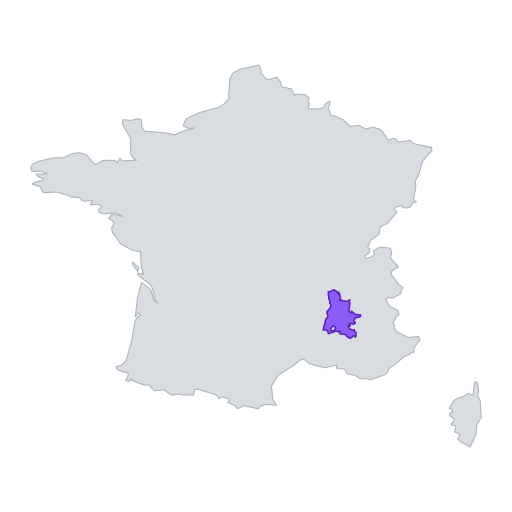 Drôme highlighted on a map of France
{"feature_id": "FRA-5288", "entity_name": "Drôme", "entity_type": "Metropolitan department", "adm_level": 1, "iso_a3": "FRA", "parent_name": "France", "parent_adm1": "", "projection": "robinson", "projection_center": [5.26, 44.733], "detail": "fine", "context": "in_parent", "style": "filled", "palette": "violet", "viewbox_px": 512, "rotation_deg": 0, "n_neighbors": 0, "source": "natural_earth", "source_scale": "10m", "svg_char_len": 7129}
<svg xmlns="http://www.w3.org/2000/svg" viewBox="0 0 512 512"><path d="M416.3,201.6L412.5,203.4L410.2,207.0L407.8,207.9L403.4,207.9L401.3,205.7L396.1,207.1L394.0,209.4L397.1,212.2L386.8,223.8L380.2,226.9L378.8,234.5L370.9,240.1L368.0,246.1L367.8,247.3L369.8,249.2L369.0,253.1L365.0,255.7L365.0,258.2L366.2,258.5L372.2,256.5L374.5,254.2L373.3,251.0L379.4,247.2L390.4,248.1L391.7,253.3L390.3,257.6L398.3,267.0L391.5,271.4L391.0,274.2L398.2,283.7L402.7,287.6L400.3,293.9L392.9,298.0L388.1,297.6L386.1,298.7L386.3,300.6L389.6,306.4L397.7,310.2L399.0,314.5L396.8,316.1L393.1,322.7L394.7,326.0L394.1,327.4L394.9,329.7L397.1,331.9L408.4,337.5L418.6,336.5L419.9,339.7L413.7,348.4L414.1,352.3L411.0,352.3L410.4,353.7L404.2,356.6L394.1,365.3L389.3,367.9L387.5,372.4L384.7,374.8L370.1,379.9L367.4,378.7L360.2,378.9L355.8,375.7L347.3,373.7L344.5,369.0L336.6,368.2L336.2,365.1L325.0,367.9L309.3,363.7L303.9,359.2L299.3,360.4L295.2,364.4L278.3,375.1L271.5,386.1L272.6,399.0L276.5,405.3L266.1,404.4L260.0,406.2L258.4,408.9L243.8,405.7L238.4,408.4L236.9,408.2L235.0,405.5L227.9,402.5L229.1,400.4L228.1,398.5L221.4,396.9L219.0,398.8L216.6,395.0L197.8,389.2L194.8,389.3L193.4,395.1L181.3,394.9L179.6,393.9L171.7,395.1L163.6,389.7L154.3,390.7L148.8,385.1L143.3,384.8L135.6,381.9L132.1,380.4L131.7,378.7L129.3,381.3L126.4,380.7L125.8,379.9L127.8,376.8L128.3,373.2L118.7,370.5L116.2,367.9L116.2,366.6L121.4,365.3L126.3,360.3L131.3,342.2L135.1,320.8L137.6,316.7L140.7,315.6L138.3,312.7L135.3,316.5L137.6,297.0L141.6,282.4L149.4,288.4L151.3,291.0L153.4,299.6L157.8,303.3L155.0,299.8L152.4,288.2L150.7,284.9L138.1,275.3L137.8,273.1L143.4,274.2L141.3,267.0L140.5,251.9L132.8,250.4L120.6,243.9L112.4,232.3L111.6,228.0L114.0,223.4L112.2,220.5L108.6,218.5L111.5,214.6L114.1,214.2L123.0,216.4L115.8,212.7L103.9,213.9L99.2,212.6L98.5,209.9L101.9,206.4L98.0,204.2L91.2,204.7L90.4,203.8L92.5,201.3L90.8,200.4L85.3,201.3L82.2,200.5L79.3,197.6L70.5,197.0L68.5,195.4L56.4,192.0L43.5,192.6L40.2,186.9L32.5,184.1L34.1,182.3L42.1,180.6L43.7,179.0L38.1,176.7L36.2,174.3L46.7,173.8L42.1,171.3L31.9,171.4L30.7,168.0L32.2,164.5L38.3,161.4L53.1,157.9L63.8,157.8L71.5,153.8L79.0,152.7L86.0,154.7L95.3,164.6L103.1,160.3L114.5,160.4L116.8,162.8L120.0,158.3L122.4,160.9L136.3,160.1L133.2,158.3L130.7,154.1L130.7,138.5L124.0,127.2L122.4,123.1L122.9,119.7L131.2,120.3L138.1,118.7L141.4,119.8L141.9,127.1L144.7,131.3L163.8,132.6L174.7,134.8L184.1,130.7L192.9,128.9L193.6,127.9L188.6,128.3L184.0,126.5L183.5,124.6L186.0,118.9L199.4,112.6L218.9,107.3L224.0,103.9L229.8,97.6L228.6,96.0L229.8,78.8L232.8,73.2L240.2,69.2L259.0,65.1L261.3,70.5L261.1,73.6L266.0,78.4L268.4,79.9L276.6,77.3L280.5,81.8L281.6,86.8L291.5,88.9L294.3,95.5L296.1,94.1L302.3,94.3L305.2,94.9L309.2,97.8L308.0,101.7L309.7,103.6L308.0,107.3L309.2,108.8L320.5,108.8L324.0,107.2L325.5,103.5L329.0,101.4L330.3,102.0L328.1,108.8L329.7,110.6L330.5,115.6L334.8,115.9L343.2,119.9L350.2,126.4L358.9,125.4L365.8,129.0L372.9,127.1L379.6,129.1L382.0,131.0L388.3,140.2L393.1,138.3L396.5,139.4L397.6,142.0L410.4,140.5L412.8,143.1L415.4,144.0L431.7,147.5L431.9,150.9L422.7,160.7L418.8,174.7L416.0,179.5L415.1,183.1L415.9,185.6L415.4,189.4L413.5,198.5L414.7,201.1L416.3,201.6ZM478.5,390.5L477.8,396.3L480.2,400.5L481.3,417.3L476.6,425.4L475.9,435.2L470.0,446.9L460.5,441.7L457.6,438.8L460.1,434.4L454.6,431.9L455.8,427.6L455.2,425.4L451.4,425.2L451.1,424.1L453.9,420.8L453.8,418.7L450.1,416.1L449.4,413.8L452.9,411.2L451.3,408.8L449.3,408.3L453.9,400.6L457.2,398.3L464.5,396.2L467.5,393.4L472.4,394.9L473.2,394.1L474.6,382.1L476.2,381.9L477.8,383.5L478.5,390.5ZM139.0,267.8L137.7,271.3L133.0,265.4L132.5,262.1L139.0,267.8Z" fill="#d9dde1" stroke="#a8b0b8" stroke-width="1"/><path d="M334.0,289.8L334.5,289.9L334.6,290.2L334.7,290.5L335.0,290.8L335.3,290.8L335.9,290.8L336.1,291.0L336.6,291.8L337.0,292.1L338.5,292.2L338.2,293.7L339.4,293.2L339.8,294.0L339.9,295.2L340.4,297.4L339.7,299.4L340.0,300.1L340.4,299.9L341.7,299.9L342.1,300.8L342.6,300.9L343.2,300.8L344.1,301.1L344.8,300.9L345.1,300.9L345.2,301.0L345.3,301.3L345.5,301.4L346.7,301.5L348.9,300.2L349.8,300.1L349.3,301.1L349.4,301.8L349.7,302.5L350.0,303.5L349.9,303.9L349.6,304.9L349.6,306.4L348.9,310.5L349.0,311.2L349.4,311.8L351.8,312.4L351.8,311.5L352.3,311.8L353.1,312.6L354.1,313.2L354.8,314.1L355.2,314.3L358.9,314.9L360.2,314.7L360.4,315.1L360.7,315.3L360.8,315.6L360.7,315.9L360.5,316.1L360.3,316.4L359.8,316.9L359.6,317.0L358.6,317.1L358.1,317.4L357.7,317.5L357.3,317.5L356.8,317.5L356.4,317.4L356.1,317.4L355.7,317.4L355.3,317.5L355.1,317.8L355.1,318.1L355.1,318.5L354.8,319.0L353.9,320.2L353.7,320.5L353.7,320.9L353.7,321.2L353.8,321.3L354.1,321.6L354.9,322.1L355.1,322.3L355.3,322.6L355.3,323.1L355.1,323.3L353.6,324.2L353.3,324.3L353.0,324.3L351.0,323.6L350.0,323.5L349.7,323.5L349.4,323.6L349.2,323.8L349.1,324.0L349.2,324.3L349.2,324.6L349.3,324.8L349.5,325.0L350.0,325.3L350.2,325.5L350.2,325.9L350.2,326.0L349.8,326.2L349.5,326.2L348.6,326.0L348.3,326.0L347.9,326.1L347.9,326.4L348.0,326.6L348.5,327.0L348.6,327.3L348.7,327.5L348.8,327.9L348.8,328.1L348.9,328.3L350.1,329.2L350.3,329.3L350.5,329.3L351.1,329.4L351.4,329.5L352.0,329.8L352.3,329.9L353.8,329.8L354.0,329.8L354.3,329.9L354.4,330.1L354.4,330.4L354.2,330.7L354.2,331.0L354.3,331.2L354.6,331.4L355.0,331.9L355.2,332.0L355.7,332.2L355.9,332.4L356.1,332.7L356.2,333.8L356.1,335.3L355.7,335.8L355.8,336.8L355.7,337.0L355.2,337.1L355.0,336.9L354.9,336.7L354.8,336.4L354.7,336.2L354.3,336.0L353.6,335.8L353.1,335.9L352.7,336.3L352.3,336.8L351.4,337.6L350.4,338.2L349.3,338.1L349.0,337.9L347.9,337.0L347.3,336.8L347.0,336.5L346.8,336.3L346.7,336.0L346.7,335.7L346.6,335.4L346.4,335.0L346.1,334.8L345.8,334.8L345.5,334.8L345.1,334.7L342.9,334.0L342.4,334.0L341.9,334.1L341.4,334.1L340.4,333.9L339.9,333.7L339.6,333.5L339.5,333.2L339.5,332.9L339.4,332.3L339.5,332.1L339.7,331.5L339.8,331.2L339.8,330.9L339.6,330.8L339.4,330.8L339.2,331.0L338.7,331.4L338.3,331.5L337.8,331.6L336.4,331.3L335.9,331.3L333.8,331.8L333.2,332.0L332.5,332.4L332.0,332.6L331.7,332.7L330.8,332.7L330.5,332.8L330.2,333.0L329.6,333.4L329.3,333.5L328.9,333.6L328.6,333.5L328.3,333.4L328.2,333.1L327.5,331.3L327.3,331.0L327.1,330.7L326.6,330.3L326.3,330.2L326.1,330.1L325.2,329.9L324.2,329.9L323.3,330.0L323.6,327.5L323.9,326.5L323.8,326.3L323.8,326.0L324.0,325.7L324.7,324.5L324.8,324.2L325.4,320.2L326.0,318.9L326.9,317.9L327.6,316.9L327.8,315.4L327.6,314.7L327.1,313.6L326.9,313.0L327.0,312.1L327.2,311.4L327.6,310.9L328.0,310.4L328.4,310.2L328.6,310.0L328.8,309.8L328.9,309.2L329.1,309.1L329.8,308.4L330.1,307.9L330.8,306.0L330.9,305.3L330.7,304.6L329.8,303.2L329.6,302.4L329.6,302.0L329.8,301.2L329.8,300.7L329.7,300.4L329.4,300.1L329.3,299.8L329.4,299.3L328.7,298.9L328.7,298.1L328.8,297.1L328.4,295.6L328.3,294.3L328.4,293.1L328.5,292.3L328.3,292.3L328.3,291.7L330.4,291.5L333.3,289.9L334.0,289.8ZM331.0,330.6L333.7,330.6L334.0,330.5L334.3,330.2L334.7,329.4L335.0,329.0L335.5,328.7L335.7,328.4L335.7,328.0L335.5,327.7L335.3,327.4L334.0,326.2L333.6,326.0L333.1,326.0L332.7,326.2L332.3,326.5L330.7,328.9L330.5,329.5L330.5,329.8L330.5,330.2L330.7,330.5L331.0,330.6Z" fill="#8b5cf6" stroke="#5b21b6" stroke-width="1.5"/></svg>